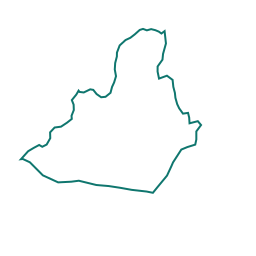 the district of Varberg, Halland, Sweden, rotated 313°
{"feature_id": "70781695B45101098387914", "entity_name": "Varberg", "entity_type": "district", "adm_level": 2, "iso_a3": "SWE", "parent_name": "Sweden", "parent_adm1": "Halland", "projection": "robinson", "projection_center": [12.471, 57.185], "detail": "fine", "context": "isolated", "style": "outline", "palette": "teal", "viewbox_px": 256, "rotation_deg": 313, "n_neighbors": 0, "source": "geoboundaries", "source_scale": "gbopen_adm2", "svg_char_len": 1122}
<svg xmlns="http://www.w3.org/2000/svg" viewBox="0 0 256 256"><g transform="rotate(313 128 128)"><path d="M32.2,71.0L33.6,72.2L36.0,79.6L35.3,98.0L40.6,114.0L50.0,123.1L55.9,128.0L64.7,143.7L72.4,153.5L78.9,163.0L85.3,172.9L94.2,184.9L97.6,190.4L104.8,189.9L119.8,189.0L129.6,185.8L133.5,184.4L148.6,181.7L154.5,184.4L161.7,188.5L166.2,185.8L172.1,180.3L180.0,179.4L180.6,174.4L173.4,169.8L177.3,165.7L180.0,161.6L176.0,158.4L177.3,152.0L179.0,147.7L182.4,142.1L185.7,138.3L189.0,133.1L193.6,127.8L192.8,120.8L185.3,117.0L189.4,111.2L193.2,107.7L201.5,106.6L206.1,103.1L215.7,98.1L223.8,88.7L219.9,88.0L219.5,84.8L218.2,81.3L216.1,77.5L212.3,75.2L210.7,71.4L207.7,69.7L201.1,69.1L195.6,68.2L190.6,66.2L182.7,65.6L175.6,68.5L172.7,71.1L166.8,74.3L161.8,78.4L157.7,83.9L151.8,86.8L147.2,88.3L141.8,91.2L135.5,90.3L132.2,87.4L131.4,81.9L132.2,76.6L130.5,74.0L123.8,71.4L121.3,67.9L121.6,66.4L117.2,67.4L110.1,67.9L108.0,72.3L104.2,76.1L98.4,78.4L96.3,80.7L90.4,79.8L83.3,78.1L78.3,74.0L71.7,74.0L67.5,78.1L60.4,79.8L55.8,78.1L55.0,74.6L49.1,72.6L42.9,70.8L32.2,71.0Z" fill="none" stroke="#0f766e" stroke-width="2"/></g></svg>